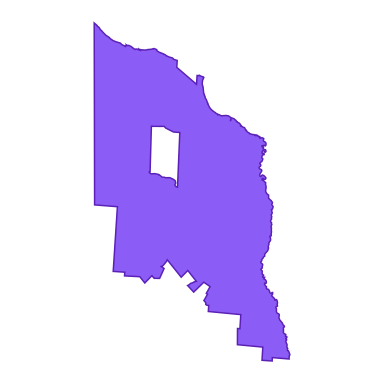 Burke, Queensland, Australia (Natural Earth projection)
{"feature_id": "25037944B14025919363288", "entity_name": "Burke", "entity_type": "district", "adm_level": 2, "iso_a3": "AUS", "parent_name": "Australia", "parent_adm1": "Queensland", "projection": "natural_earth1", "projection_center": [139.379, -18.061], "detail": "fine", "context": "isolated", "style": "filled", "palette": "violet", "viewbox_px": 384, "rotation_deg": 0, "n_neighbors": 0, "source": "geoboundaries", "source_scale": "gbopen_adm2", "svg_char_len": 5972}
<svg xmlns="http://www.w3.org/2000/svg" viewBox="0 0 384 384"><path d="M94.2,23.0L94.6,204.9L117.4,206.7L113.2,271.4L124.8,272.2L124.5,275.9L139.8,276.7L144.8,283.0L151.9,275.7L154.2,278.3L159.6,278.4L164.1,268.5L161.2,266.5L162.7,265.9L163.6,265.0L166.5,261.4L167.3,259.8L181.2,277.2L187.8,270.5L196.3,281.3L194.4,281.8L192.1,283.0L191.0,283.2L188.4,285.2L187.6,285.5L193.7,292.1L203.8,282.2L210.1,286.6L206.3,293.4L207.5,294.2L203.9,300.6L204.8,301.4L205.8,303.0L205.7,304.4L206.7,305.2L208.7,305.4L208.3,311.5L240.8,314.6L239.9,328.7L237.5,328.5L237.4,344.7L262.8,347.1L262.0,360.3L272.2,361.0L272.3,357.6L289.1,359.0L289.0,358.3L289.2,357.4L289.2,355.9L289.8,355.0L289.8,354.3L288.6,351.1L288.3,350.7L287.7,350.7L287.3,349.8L287.7,348.5L286.8,346.8L287.1,344.9L286.7,343.6L286.3,343.2L286.2,342.2L285.8,341.5L285.9,340.7L286.7,339.9L286.5,339.4L285.8,338.9L285.7,338.6L286.8,337.7L286.9,336.9L286.7,336.6L285.9,336.7L285.4,336.3L285.4,335.6L285.9,334.9L285.6,334.3L283.9,333.4L283.4,332.4L283.5,329.6L283.3,328.0L283.5,327.6L284.4,326.8L284.4,326.3L284.0,325.6L283.0,324.8L282.4,323.1L279.7,319.8L278.9,317.5L279.3,315.1L279.1,314.2L278.4,313.7L277.3,313.2L276.7,312.5L276.4,311.4L276.5,308.7L275.8,307.6L276.1,306.7L277.3,306.2L277.5,306.0L277.2,304.5L277.5,302.6L277.1,300.7L276.8,300.0L276.4,299.6L275.7,299.7L275.2,300.2L274.8,300.1L274.5,298.6L271.8,295.9L271.8,295.4L272.7,293.9L272.6,292.5L272.1,292.5L271.4,293.4L270.4,293.1L269.7,292.5L269.6,291.4L268.8,289.8L267.9,289.1L266.9,289.0L266.6,288.7L266.4,288.1L266.5,286.7L265.6,285.9L264.7,284.4L264.5,283.7L264.6,283.3L264.8,283.1L265.7,283.3L266.1,283.2L266.4,282.5L266.3,281.5L266.0,280.6L265.4,279.8L263.9,278.9L264.0,278.4L264.6,277.7L264.6,277.2L263.2,277.4L262.7,277.1L262.7,276.5L263.5,275.5L263.6,275.1L262.3,274.2L262.1,272.5L262.3,271.0L260.8,269.5L261.1,268.8L262.1,268.2L262.3,267.9L262.2,266.6L262.6,265.5L262.7,264.6L262.4,264.0L260.8,262.6L260.7,261.9L261.6,261.0L261.9,260.1L261.9,259.2L263.0,258.2L263.6,256.9L264.7,256.2L264.7,254.3L265.8,252.8L267.5,251.0L267.8,250.4L268.5,248.3L268.6,247.8L268.2,247.2L268.3,246.2L269.0,244.0L268.7,243.1L270.3,240.8L270.6,240.0L270.5,238.0L269.8,236.7L270.1,236.0L271.0,236.0L271.2,235.8L271.2,233.7L271.5,231.9L271.3,229.6L271.5,227.9L271.1,227.2L271.2,226.1L271.8,224.6L271.5,223.7L271.5,222.6L270.7,221.9L270.6,221.2L270.7,220.4L271.6,219.0L271.4,217.7L271.8,216.6L271.4,215.7L271.3,215.0L271.4,214.5L272.1,213.4L272.2,212.5L271.8,211.5L271.8,210.4L271.5,210.1L271.4,209.7L271.6,209.4L272.5,209.0L273.1,206.8L273.0,206.3L272.1,205.2L271.8,204.5L272.4,202.9L272.4,202.4L271.2,200.6L269.7,199.4L268.6,198.1L268.6,195.1L266.7,193.6L265.7,191.5L265.6,190.8L266.1,187.8L266.0,186.1L265.5,184.3L265.7,182.8L263.3,180.4L262.2,180.1L261.9,179.8L262.2,178.7L262.7,178.3L263.3,178.6L263.9,179.4L265.4,179.2L265.8,178.5L265.9,177.8L264.4,176.0L262.9,175.1L262.4,175.0L261.9,175.3L261.1,176.3L260.7,176.5L260.0,176.1L259.7,175.4L260.0,173.8L261.6,171.3L261.8,170.5L261.4,169.6L259.9,169.0L259.1,168.0L259.3,167.0L260.4,166.3L260.8,165.6L260.6,164.3L259.8,163.7L259.7,163.4L260.5,162.3L261.8,161.6L262.7,159.6L262.8,158.8L261.7,157.6L262.1,155.9L262.7,155.0L264.0,154.7L264.2,154.3L264.1,153.7L263.7,153.2L262.6,153.6L262.1,153.3L262.1,152.7L262.3,151.2L262.7,150.8L263.5,150.7L264.1,151.1L264.7,152.0L265.2,152.2L265.9,151.6L265.9,150.7L265.7,150.0L265.0,149.5L263.9,149.4L263.3,149.0L263.0,148.4L263.5,147.5L263.5,147.1L262.4,146.9L261.9,146.2L262.1,145.7L263.3,145.6L264.1,145.2L265.0,145.8L265.4,145.9L266.0,144.9L266.0,143.4L265.7,142.6L264.9,141.8L263.8,141.3L263.4,140.7L263.7,138.5L262.4,137.8L261.5,137.8L260.3,138.2L259.8,138.1L260.0,136.9L259.4,136.6L259.4,137.0L258.4,136.5L257.9,135.8L257.4,135.8L256.9,135.0L256.6,135.0L256.0,135.6L255.6,134.9L254.7,134.9L254.8,135.1L254.5,135.2L254.3,134.8L253.9,134.6L252.5,134.4L252.1,134.5L250.4,133.8L249.9,133.9L249.1,132.9L247.2,131.9L246.3,130.2L245.8,130.3L244.6,127.7L242.7,127.0L242.3,126.6L240.8,126.2L240.5,126.0L240.6,125.5L241.0,125.3L239.4,123.2L237.2,122.0L237.2,121.7L236.8,121.6L235.8,120.2L235.4,120.1L233.9,118.7L231.9,118.0L231.6,118.1L230.9,119.2L230.7,120.5L230.1,121.1L230.6,120.4L230.7,119.3L231.4,117.9L228.3,115.8L226.0,115.5L221.1,115.8L219.5,114.8L218.1,114.4L217.8,114.7L217.6,114.1L215.8,113.2L215.5,112.7L214.0,111.8L211.4,109.7L209.8,107.8L208.6,105.5L208.1,104.2L207.9,104.2L207.9,103.5L207.7,103.5L207.6,103.3L207.6,103.0L206.3,99.6L205.4,98.2L205.1,97.5L205.1,96.8L204.8,96.6L204.8,96.1L204.3,94.6L204.2,94.7L204.0,94.2L203.6,92.4L203.1,87.4L202.6,86.5L202.9,87.0L203.0,86.7L202.4,84.9L202.2,83.5L202.6,80.2L203.2,79.0L203.4,78.2L203.5,78.3L203.8,77.6L203.1,77.1L203.2,76.9L201.5,76.4L199.3,75.3L199.2,75.7L197.1,75.5L196.5,84.3L176.8,67.4L177.2,60.4L174.3,59.6L173.1,58.8L173.1,58.5L172.3,57.9L168.8,56.9L166.4,55.7L166.1,55.8L165.7,55.1L165.1,54.7L163.8,54.1L163.7,54.3L163.0,53.7L158.9,52.1L157.2,50.9L156.1,49.7L156.5,49.9L156.8,50.3L156.7,49.6L154.0,48.5L153.3,48.9L152.3,48.9L151.9,49.2L147.5,49.6L145.6,50.1L141.3,49.8L140.7,49.9L140.6,50.2L140.3,50.1L140.0,49.5L139.6,49.6L139.2,49.3L139.3,49.7L139.7,49.8L139.9,50.2L138.1,49.6L138.1,49.3L137.7,49.4L137.2,49.1L135.8,49.0L135.0,49.5L131.1,46.5L128.8,45.4L128.0,45.4L126.8,45.6L126.6,45.5L126.8,45.3L126.7,45.1L127.0,45.3L126.7,45.0L126.1,45.2L125.7,45.0L126.0,45.2L126.0,45.4L125.8,45.5L125.8,45.9L125.3,46.0L125.3,46.5L125.2,46.6L124.4,45.8L121.9,44.7L120.4,43.1L116.1,41.8L113.1,40.6L109.8,38.3L109.6,37.8L109.2,37.4L105.9,35.3L102.4,31.7L102.2,31.3L100.4,29.6L99.1,27.5L98.6,27.0L97.5,26.4L97.0,25.4L94.2,23.0ZM177.5,187.2L175.9,186.6L175.0,185.5L174.9,184.9L175.7,183.0L175.6,182.2L175.1,180.6L173.0,179.1L169.9,177.7L165.5,177.7L164.2,177.2L162.3,177.2L159.2,174.8L159.0,175.0L158.5,174.6L158.5,174.4L154.5,173.6L151.4,173.9L150.0,173.3L150.0,172.7L149.2,172.1L149.9,171.3L150.1,171.3L151.4,126.3L164.3,126.4L165.6,128.0L173.5,132.0L179.8,132.5L177.5,187.2Z" fill="#8b5cf6" stroke="#5b21b6" stroke-width="1.5"/></svg>